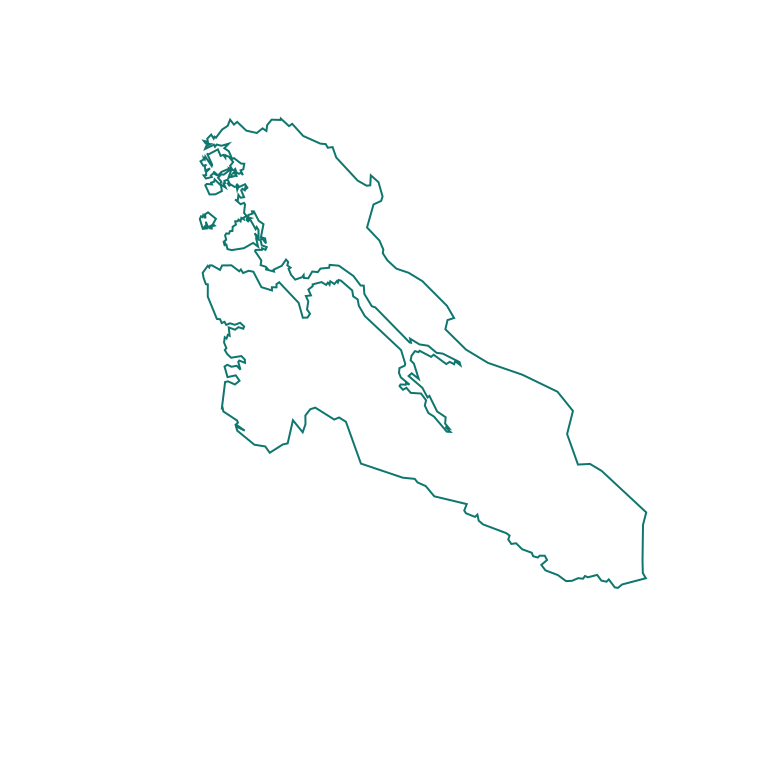 the district of Masfjorden nor, Hordaland, Norway, rotated 57°
{"feature_id": "86288312B50611449563949", "entity_name": "Masfjorden nor", "entity_type": "district", "adm_level": 2, "iso_a3": "NOR", "parent_name": "Norway", "parent_adm1": "Hordaland", "projection": "natural_earth1", "projection_center": [5.359, 60.846], "detail": "fine", "context": "isolated", "style": "outline", "palette": "teal", "viewbox_px": 768, "rotation_deg": 57, "n_neighbors": 0, "source": "geoboundaries", "source_scale": "gbopen_adm2", "svg_char_len": 6123}
<svg xmlns="http://www.w3.org/2000/svg" viewBox="0 0 768 768"><g transform="rotate(57 384 384)"><path d="M555.7,377.4L575.7,362.7L579.5,361.2L582.1,364.5L587.5,364.3L589.5,360.0L597.9,358.1L606.0,352.0L609.7,352.7L613.3,349.5L612.8,346.9L615.6,342.7L620.4,343.1L621.4,350.6L628.2,350.1L639.0,342.2L648.4,338.7L651.4,333.7L652.6,326.9L655.7,323.1L654.5,320.0L657.2,318.2L660.2,309.2L667.2,308.8L671.0,305.1L670.3,301.9L680.3,301.2L682.4,298.9L681.8,293.5L689.5,270.2L683.5,269.9L673.1,263.5L643.2,243.5L634.5,234.0L575.4,248.8L563.2,254.8L557.2,265.2L525.7,257.7L509.5,240.2L485.0,242.7L451.6,262.9L422.9,285.3L399.8,296.5L371.5,302.7L365.0,295.9L366.8,289.3L352.8,288.6L318.6,295.8L304.1,302.8L294.0,310.8L282.2,313.8L273.7,313.8L270.8,311.3L261.2,309.7L243.5,313.0L227.7,295.0L228.9,286.7L226.0,283.1L211.7,278.7L201.8,281.4L209.9,287.3L208.2,290.6L199.1,295.3L168.0,300.7L157.3,298.1L155.2,302.5L151.1,302.2L147.7,306.5L131.9,316.7L115.8,319.3L116.0,323.2L105.1,326.0L106.1,327.1L101.1,334.3L103.3,341.0L107.7,344.8L103.5,346.6L104.2,354.0L96.5,361.5L84.2,364.4L84.7,368.6L78.5,369.1L82.4,374.5L82.4,381.1L85.9,390.8L84.3,391.4L85.4,393.2L80.7,393.1L82.0,398.6L85.0,399.8L82.0,402.7L85.3,402.5L88.1,399.1L87.6,403.4L89.4,406.0L90.7,396.3L93.0,396.5L92.0,394.0L95.7,390.5L97.9,383.3L99.3,389.5L104.2,387.4L112.7,388.8L112.8,386.8L121.3,383.8L123.2,381.2L127.3,385.1L126.7,387.9L131.9,388.5L128.9,389.0L128.7,391.2L126.0,392.5L122.6,391.6L122.9,393.6L123.8,392.8L127.3,393.1L124.7,393.6L125.0,395.7L127.3,393.8L130.3,394.6L128.6,394.3L127.5,398.6L124.9,397.5L126.9,398.7L126.4,402.2L121.5,395.8L119.1,396.0L121.1,394.4L117.2,394.3L115.7,389.6L108.9,390.3L105.7,392.4L107.8,393.8L104.3,394.0L103.7,396.8L96.8,395.5L95.8,406.5L94.2,406.8L106.6,408.7L107.4,409.8L95.9,410.0L98.0,412.0L96.2,412.2L97.5,412.8L97.3,416.6L102.5,416.7L103.6,413.5L103.5,415.7L107.7,417.5L108.4,412.5L109.3,417.7L112.0,419.4L110.8,421.6L114.7,421.4L116.6,415.7L114.8,415.6L114.4,412.3L115.9,411.5L112.9,411.2L118.7,409.6L117.6,404.7L118.9,397.2L120.6,397.7L121.1,404.5L119.5,406.3L120.6,410.8L125.6,410.3L127.7,412.9L120.1,414.6L121.8,416.3L121.0,419.3L122.9,419.6L119.7,423.7L120.0,425.6L130.0,427.1L133.1,422.1L133.9,414.9L127.9,412.2L132.9,409.9L128.3,409.3L128.8,407.9L126.7,407.3L127.5,403.8L130.8,404.2L130.7,405.8L134.2,405.6L131.6,404.7L137.5,401.8L137.7,399.9L141.2,401.3L139.4,398.8L135.7,398.7L139.9,398.0L140.8,391.7L145.0,391.7L145.3,393.7L144.0,393.6L145.7,395.3L143.2,396.4L143.8,398.3L151.1,399.6L149.6,402.9L146.1,403.1L150.8,407.0L148.1,408.4L155.2,406.3L155.8,402.8L157.6,402.7L164.3,408.2L168.4,407.7L168.0,411.3L169.5,411.9L167.0,413.2L169.5,415.7L166.9,416.5L167.8,418.1L166.5,420.2L169.7,421.4L169.7,425.2L173.1,427.8L171.9,429.9L173.5,432.2L171.8,434.3L172.8,436.3L177.1,437.8L177.2,440.0L179.1,440.6L178.2,441.3L180.8,442.1L181.3,440.3L185.6,441.8L188.8,438.7L193.8,427.5L194.4,416.9L200.2,414.8L192.7,412.1L194.0,411.1L187.1,410.4L192.8,409.4L186.5,405.4L183.0,405.3L184.2,407.3L173.1,406.6L173.6,409.4L171.5,409.9L170.2,408.2L171.6,408.0L172.3,405.5L170.5,407.2L168.4,405.7L169.5,401.3L167.3,400.7L168.3,399.1L178.9,400.2L184.3,398.0L193.9,407.3L197.1,404.4L201.8,406.4L195.6,406.8L196.8,407.7L195.5,407.1L195.6,409.0L201.1,411.0L205.3,407.8L206.9,410.3L203.7,412.3L205.0,413.3L201.6,418.7L202.4,419.8L213.5,419.6L217.1,422.7L221.3,419.3L224.6,418.7L222.6,419.5L223.7,420.5L229.8,415.0L228.0,414.4L229.2,405.4L226.3,398.4L229.5,397.9L231.9,400.5L235.5,399.1L235.4,401.3L241.9,402.5L248.1,401.6L249.8,394.7L248.8,392.0L251.5,393.4L254.1,389.9L250.6,382.9L254.1,378.6L252.6,374.4L256.6,366.7L254.5,364.7L260.2,357.4L276.8,350.8L288.6,350.0L290.5,347.4L297.7,351.4L312.1,351.9L314.9,349.6L363.1,339.9L364.1,338.9L360.2,337.4L370.1,332.7L376.0,326.1L386.5,322.9L390.5,318.2L406.8,308.7L409.9,309.7L403.6,311.9L405.6,314.4L401.2,316.9L401.2,320.9L386.5,326.4L386.9,329.7L375.5,336.1L376.1,337.7L373.3,340.1L375.2,345.4L378.7,348.8L383.1,347.8L398.6,352.1L390.1,355.0L390.7,359.0L408.1,353.9L419.0,354.8L418.7,352.4L436.0,354.4L445.5,350.4L450.5,354.3L456.4,353.6L453.4,355.8L460.3,354.4L458.2,357.3L438.6,359.8L432.5,362.6L424.3,361.5L420.6,357.6L412.2,358.1L406.0,366.4L399.4,367.3L399.2,371.2L394.2,372.1L393.4,370.4L396.4,366.2L395.4,365.3L398.4,362.9L387.6,366.3L382.9,365.4L379.1,362.4L379.9,356.7L378.7,355.2L364.9,351.2L316.5,363.1L304.7,362.5L298.7,360.0L293.7,362.1L288.2,359.7L273.9,363.8L272.1,365.4L273.7,367.4L272.0,367.4L273.1,371.2L268.6,373.1L271.1,375.6L268.4,375.8L269.4,378.5L264.5,380.9L261.6,389.6L263.1,390.5L263.6,396.0L269.9,397.0L267.7,401.6L273.5,402.5L279.6,408.0L284.8,407.8L286.6,412.0L284.2,416.0L269.5,411.4L241.6,416.5L241.7,419.8L244.4,421.5L241.8,425.3L244.5,427.0L236.0,434.1L218.7,432.4L215.3,435.9L214.2,441.7L210.0,441.7L210.6,444.0L201.4,447.3L196.4,455.2L199.0,459.4L190.9,463.6L189.7,465.5L191.0,467.1L188.9,467.4L192.0,475.5L196.7,477.5L203.2,479.0L204.5,477.5L214.7,484.2L238.4,488.7L240.4,486.2L244.5,486.9L245.0,483.9L248.5,484.1L249.2,480.1L253.1,476.9L254.3,471.3L259.6,470.0L261.0,471.9L257.1,475.1L257.3,479.4L252.0,483.4L259.5,487.2L257.7,488.2L260.1,491.3L258.1,492.1L262.0,495.5L268.1,496.7L268.8,499.0L273.6,499.2L278.7,497.9L282.9,488.4L287.8,487.4L290.5,489.1L285.5,492.6L286.1,494.2L293.8,496.6L288.5,497.6L286.5,502.5L282.6,504.9L282.5,508.2L293.0,511.5L296.0,503.6L302.6,503.4L303.2,509.3L296.8,513.4L295.8,516.2L317.0,534.0L314.7,531.8L319.5,533.7L334.6,527.1L336.8,527.5L337.3,530.2L347.3,526.2L338.8,531.2L343.2,532.5L364.3,525.8L371.7,517.6L379.4,517.3L379.6,501.8L381.3,497.1L364.8,480.1L380.2,478.5L374.9,471.7L367.6,467.1L365.0,459.6L366.4,454.5L386.7,445.1L387.6,439.9L395.0,436.5L438.2,446.7L472.8,419.3L480.3,409.9L484.8,409.5L492.3,404.6L505.6,403.0L529.8,380.0L533.8,385.6L537.0,385.7L545.0,380.1L544.4,376.8L550.2,379.0L555.7,377.4ZM153.9,435.0L144.2,438.1L144.2,441.7L147.8,443.4L143.9,443.6L145.3,445.3L143.7,446.1L145.3,448.6L155.2,451.5L156.7,448.5L154.5,449.3L154.1,447.9L155.9,447.1L150.8,445.1L156.8,446.1L157.0,442.5L158.6,445.1L159.8,443.9L157.9,442.5L158.9,439.8L156.8,440.5L153.9,435.0Z" fill="none" stroke="#0f766e" stroke-width="2"/></g></svg>